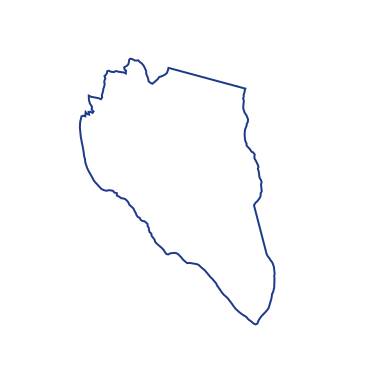 the district of Santa Cruz do Arari, Pará, Brazil, rotated 158°
{"feature_id": "56859067B39601513417759", "entity_name": "Santa Cruz do Arari", "entity_type": "district", "adm_level": 2, "iso_a3": "BRA", "parent_name": "Brazil", "parent_adm1": "Pará", "projection": "equal_earth", "projection_center": [-49.293, -0.555], "detail": "fine", "context": "isolated", "style": "outline", "palette": "blue", "viewbox_px": 384, "rotation_deg": 158, "n_neighbors": 0, "source": "geoboundaries", "source_scale": "gbopen_adm2", "svg_char_len": 2989}
<svg xmlns="http://www.w3.org/2000/svg" viewBox="0 0 384 384"><g transform="rotate(158 192 192)"><path d="M105.3,269.0L167.3,315.9L168.6,314.1L170.6,311.8L172.7,311.0L175.2,310.7L179.7,310.8L181.2,309.6L185.0,308.2L188.2,307.2L189.7,308.9L190.8,310.9L190.2,313.3L190.1,316.5L190.2,318.6L189.2,321.3L189.3,324.7L189.5,327.1L190.4,330.1L191.6,331.9L192.5,334.2L194.2,334.6L196.1,335.6L197.4,337.4L199.0,338.6L200.6,338.3L201.6,336.4L203.1,334.4L204.7,333.5L208.3,332.9L208.6,330.9L207.7,329.2L209.0,326.7L210.6,328.6L212.1,329.2L213.4,330.1L214.8,330.8L216.3,332.1L217.8,332.7L219.3,332.4L220.8,333.1L222.2,334.0L223.9,335.7L225.4,335.7L226.4,334.0L228.0,332.9L229.7,332.3L229.8,329.7L231.0,328.6L232.2,326.9L232.5,324.8L233.8,322.8L235.6,320.8L236.5,319.1L239.4,315.4L239.9,313.3L241.7,312.2L243.2,313.7L244.6,314.7L248.2,317.0L249.7,317.9L251.6,320.0L252.6,317.4L253.3,314.5L253.5,312.2L252.8,308.3L254.2,306.1L253.1,303.5L254.6,302.6L256.2,304.4L257.8,305.0L258.4,302.3L259.9,303.5L260.7,305.9L261.7,304.0L262.6,302.1L264.3,303.5L266.2,303.5L267.6,301.4L269.4,298.9L271.8,293.8L274.5,284.6L275.6,279.1L276.4,274.7L277.2,270.9L277.8,268.5L278.6,265.7L278.9,262.6L279.9,259.2L280.2,253.7L280.1,250.9L279.0,242.3L278.9,240.3L278.2,237.6L277.0,234.4L276.2,232.2L274.9,228.8L273.0,226.7L270.9,225.2L268.3,224.8L266.3,223.7L264.8,222.7L264.3,220.7L262.1,219.0L263.0,216.9L261.4,215.1L259.9,212.7L258.2,211.8L256.6,210.5L255.4,208.0L254.9,206.0L254.8,203.4L253.8,201.4L252.5,198.8L252.4,196.2L252.0,193.2L252.1,191.2L251.6,189.2L250.2,187.7L249.9,185.1L248.8,183.7L247.3,182.9L246.3,181.4L245.2,178.9L245.9,177.1L245.5,175.0L246.1,173.0L246.4,170.8L245.3,168.7L245.9,166.6L244.6,162.0L244.8,159.7L244.2,157.7L240.8,151.0L240.0,149.0L239.7,146.7L239.0,144.1L237.4,143.0L235.2,143.3L231.3,142.2L229.5,141.2L228.2,139.7L226.4,135.3L225.8,132.9L223.2,127.9L220.7,127.1L218.9,126.0L214.4,123.2L212.9,121.5L212.0,119.3L209.5,114.7L206.8,106.3L205.6,103.6L204.7,100.8L203.8,98.1L203.8,95.9L203.2,93.5L202.0,88.0L201.0,84.8L198.8,80.5L196.9,73.6L196.3,70.9L195.4,67.5L193.4,63.3L191.1,59.4L188.5,55.9L187.7,53.4L186.9,51.8L185.2,49.2L184.5,47.4L182.7,45.4L180.7,45.5L178.1,48.2L174.6,50.6L168.6,53.3L164.7,55.4L162.1,58.6L158.1,63.7L156.0,67.4L154.4,68.7L151.6,72.6L148.0,80.7L147.3,83.3L146.0,85.2L144.1,92.1L143.9,96.2L144.7,99.3L145.1,101.7L145.7,103.5L146.1,106.1L139.5,156.5L137.1,158.2L134.9,159.0L132.5,160.4L130.7,161.7L129.6,163.1L128.9,165.0L127.1,166.5L125.2,173.1L123.8,174.9L123.6,177.2L123.9,179.2L123.8,181.2L123.0,183.7L122.4,186.6L122.2,189.0L120.9,190.4L120.8,192.9L121.1,197.1L121.5,199.7L120.8,201.7L119.8,203.3L120.4,205.7L121.6,206.9L122.3,210.0L124.0,214.6L123.3,216.4L123.4,219.5L122.9,221.8L121.5,226.0L119.5,229.9L116.5,233.1L115.6,234.8L114.0,236.0L112.8,238.5L112.8,242.8L113.5,245.7L113.3,247.7L113.3,249.7L112.6,251.8L109.7,257.3L109.6,259.5L108.4,260.9L107.6,263.0L106.2,264.4L105.1,266.4L103.8,267.9L105.3,269.0Z" fill="none" stroke="#1e3a8a" stroke-width="2"/></g></svg>